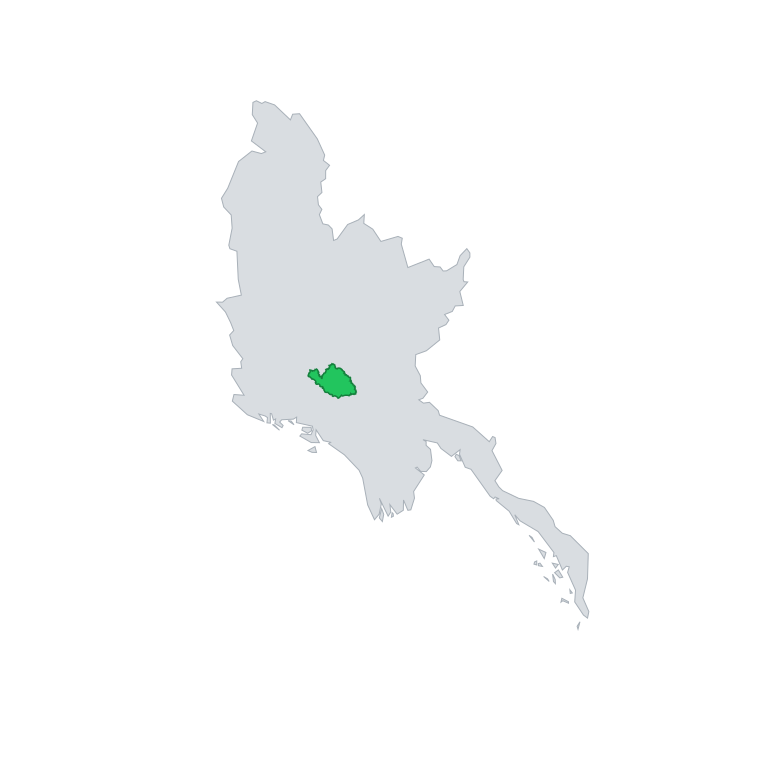 Magway, Magway, Myanmar (highlighted), rotated 330°
{"feature_id": "60261553B24389889044331", "entity_name": "Magway", "entity_type": "district", "adm_level": 2, "iso_a3": "MMR", "parent_name": "Myanmar", "parent_adm1": "Magway", "projection": "mercator", "projection_center": [95.349, 20.285], "detail": "fine", "context": "in_parent", "style": "filled", "palette": "green", "viewbox_px": 768, "rotation_deg": 330, "n_neighbors": 0, "source": "geoboundaries", "source_scale": "gbopen_adm2", "svg_char_len": 9016}
<svg xmlns="http://www.w3.org/2000/svg" viewBox="0 0 768 768"><g transform="rotate(330 384 384)"><path d="M491.9,355.6L484.7,352.0L479.4,355.3L471.2,354.1L472.1,361.2L467.4,363.5L459.2,362.8L454.3,373.7L437.3,376.4L426.2,374.4L420.0,384.0L419.6,394.9L416.5,401.5L417.8,412.8L410.6,415.8L406.2,415.1L408.6,420.3L414.2,422.6L417.6,434.2L416.5,438.8L439.4,465.6L446.3,486.6L451.8,483.8L453.4,485.9L451.2,491.5L444.2,495.7L443.1,517.9L431.7,523.2L432.0,530.5L433.4,535.7L443.5,550.4L454.8,560.4L461.2,571.1L462.4,586.6L460.8,593.1L463.8,602.4L469.5,608.5L476.1,633.0L462.8,654.5L449.3,668.6L447.6,683.5L443.2,688.5L441.2,683.8L440.2,668.1L446.8,658.3L448.8,639.0L453.0,634.9L450.8,633.0L445.5,634.3L447.4,618.8L444.4,618.2L446.9,614.9L443.7,588.9L433.4,570.5L431.9,562.6L430.4,573.3L429.1,571.2L428.8,556.8L422.9,541.0L423.5,539.6L426.3,541.0L423.7,537.4L421.6,538.2L419.8,534.3L416.7,501.4L412.7,496.7L414.3,482.5L417.1,478.9L406.2,480.4L401.1,468.3L400.7,461.7L389.9,451.7L391.7,454.9L389.8,458.2L391.6,463.8L387.2,474.3L382.7,479.0L376.8,481.0L372.1,478.0L371.1,472.5L369.2,472.4L373.4,482.9L355.9,491.9L353.3,498.1L344.3,506.4L341.5,505.3L342.9,494.2L337.6,503.0L330.3,503.3L328.8,491.4L325.8,498.3L321.5,500.5L322.9,480.7L321.7,486.5L314.7,494.3L307.9,496.8L309.4,480.6L318.5,454.8L319.3,446.2L314.3,425.5L306.2,408.0L308.6,407.8L303.1,402.7L302.3,389.7L299.1,394.4L298.7,402.5L291.7,398.3L285.1,387.0L287.8,386.0L295.4,391.4L299.7,388.3L300.9,384.7L288.8,373.6L291.8,369.0L287.9,369.1L277.5,363.8L274.6,364.8L275.9,369.5L273.8,370.8L269.8,363.6L272.7,360.1L270.2,360.0L271.8,353.6L270.8,352.6L266.0,361.1L263.2,359.1L266.3,354.8L265.1,352.3L260.6,347.4L261.1,356.3L250.3,342.3L244.1,323.0L248.8,318.1L257.2,323.8L256.5,300.0L260.0,294.9L268.6,299.2L271.1,293.1L274.4,291.5L272.2,275.1L274.8,264.4L280.6,262.6L281.9,254.0L282.7,242.4L279.9,229.3L285.1,232.4L291.0,231.3L304.9,235.7L310.1,220.5L323.0,195.5L318.2,189.8L319.0,186.2L330.4,173.1L336.2,161.2L333.7,150.6L336.1,141.9L346.6,136.3L369.3,118.6L386.1,116.2L393.0,123.1L397.7,123.8L390.7,107.2L405.0,94.8L404.6,84.9L411.3,74.6L415.1,74.9L418.5,80.0L422.2,80.0L428.8,87.6L435.0,108.5L439.8,104.7L446.0,107.7L448.8,138.4L447.1,156.1L443.3,160.1L446.2,167.4L440.2,170.0L436.1,177.0L430.2,177.5L426.0,187.1L420.1,188.5L416.8,196.0L417.5,201.7L412.7,205.0L411.1,214.7L415.3,218.5L416.6,223.7L412.1,234.5L415.9,235.0L432.3,227.7L443.9,229.1L451.7,227.4L446.8,234.8L451.7,244.3L452.6,259.0L469.9,263.2L472.7,266.9L468.9,271.5L462.9,295.1L485.5,298.4L486.2,307.4L491.1,310.7L491.7,315.7L494.8,317.3L506.9,317.0L514.1,310.9L523.4,308.2L523.9,313.4L521.8,317.1L511.7,322.4L504.8,333.1L504.4,335.4L507.5,337.5L495.9,341.8L491.9,355.6ZM292.0,380.8L299.2,385.1L297.9,388.3L293.3,388.5L289.8,382.9L292.0,380.8ZM435.4,604.3L440.0,610.9L435.5,615.3L435.4,604.3ZM291.3,409.6L287.5,407.2L284.9,403.6L292.9,403.7L291.3,409.6ZM442.0,632.2L442.2,640.7L439.3,639.8L437.4,632.7L442.0,632.2ZM318.6,496.7L313.8,502.3L313.0,497.6L319.7,490.7L318.6,496.7ZM412.4,489.1L409.5,487.4L409.1,482.4L411.4,481.0L413.2,483.4L412.4,489.1ZM432.6,642.6L432.0,639.8L435.0,632.9L434.5,638.9L432.6,642.6ZM430.9,658.5L434.9,664.8L434.2,666.1L430.5,661.1L428.2,661.4L430.9,658.5ZM444.7,627.4L440.5,629.2L440.2,623.3L444.7,627.4ZM434.8,687.9L429.4,693.4L430.1,690.4L434.8,687.9ZM268.5,364.6L270.4,371.8L267.1,363.3L268.5,364.6ZM435.5,590.9L435.3,596.1L434.0,587.6L435.5,590.9ZM285.1,369.7L285.7,374.3L282.6,367.8L285.1,369.7ZM430.0,621.2L426.9,618.6L427.9,616.7L429.5,617.1L430.0,621.2ZM427.8,613.6L425.8,617.1L423.8,615.0L425.4,613.4L427.8,613.6ZM428.2,634.5L428.3,637.6L426.0,630.5L428.2,634.5ZM326.0,503.2L323.8,503.1L326.7,499.5L327.1,500.9L326.0,503.2ZM442.6,659.1L440.6,658.5L442.1,655.1L442.6,659.1Z" fill="#d9dde1" stroke="#a8b0b8" stroke-width="1"/><path d="M349.1,340.4L348.7,340.6L348.6,340.8L348.4,341.0L348.1,340.9L347.7,341.0L347.6,340.9L347.5,341.0L347.3,341.0L347.2,341.0L347.1,340.9L346.7,341.0L346.5,340.8L346.4,340.8L346.4,340.7L345.8,340.5L345.9,340.9L345.9,341.3L346.0,341.4L345.9,341.5L345.6,341.6L345.7,341.9L345.5,342.1L345.3,342.2L345.2,342.2L345.2,342.3L345.0,342.5L344.9,342.5L344.5,342.9L344.4,342.8L344.2,342.8L344.0,342.6L343.7,342.6L343.4,342.7L343.5,342.9L343.6,343.0L343.4,343.1L343.2,343.1L343.0,343.4L342.8,343.3L342.6,343.1L342.5,342.9L342.5,342.7L342.2,342.7L342.0,342.8L341.9,342.8L342.0,342.6L341.7,342.4L341.6,342.5L341.4,342.5L341.1,342.6L340.9,342.5L340.9,342.8L340.9,343.0L340.7,343.3L340.2,343.7L339.8,344.2L339.4,344.3L339.2,344.8L338.9,345.0L338.7,345.0L337.6,344.6L337.3,344.8L337.1,344.8L336.8,345.1L336.4,345.3L336.2,345.5L335.5,345.5L335.3,345.7L335.0,345.6L334.8,345.7L334.7,345.7L334.6,346.3L334.4,346.6L334.1,346.8L333.3,347.9L333.0,348.1L332.9,348.0L333.0,347.9L332.8,347.8L333.0,347.5L333.0,347.1L333.5,346.6L333.3,346.3L333.3,346.2L333.1,346.0L332.7,345.9L332.5,345.7L332.4,345.7L332.1,345.6L332.1,345.1L331.9,344.8L331.9,344.6L332.0,344.1L332.7,344.1L332.7,343.7L332.5,343.2L332.4,343.2L332.4,342.8L332.5,342.6L332.5,342.2L332.5,341.8L332.4,341.6L332.5,341.4L332.9,341.3L333.2,341.3L333.4,341.2L333.2,340.2L333.4,339.7L333.3,339.3L333.4,338.4L333.3,337.9L332.8,337.6L332.8,337.3L332.2,337.4L331.9,337.2L331.9,337.3L331.4,337.2L331.0,337.4L330.7,337.4L330.3,337.6L330.2,337.4L329.9,337.4L329.0,336.9L328.4,337.0L328.3,336.2L328.2,336.0L327.8,335.8L327.4,335.9L327.3,335.7L327.1,335.1L327.0,334.9L326.8,334.8L326.2,336.3L326.0,336.6L325.5,337.0L324.9,337.3L324.7,337.0L324.4,337.0L324.2,337.4L323.0,338.3L323.1,338.7L322.6,338.7L322.5,338.8L322.4,339.2L322.3,339.4L322.3,339.5L322.4,339.8L322.8,340.3L323.2,340.7L323.5,340.8L323.8,342.3L324.0,342.9L324.2,343.1L324.6,343.7L324.3,343.9L324.8,344.2L325.5,344.9L326.2,346.9L326.2,347.7L326.0,348.3L325.9,348.5L325.6,348.4L325.4,348.4L325.2,349.2L325.2,350.1L325.5,350.5L326.0,350.8L326.3,350.9L326.8,351.0L327.1,351.1L327.5,351.4L327.9,352.5L327.9,353.2L327.4,353.7L327.4,353.9L327.9,354.7L328.1,354.9L328.3,354.9L328.6,355.1L329.5,355.6L329.5,356.0L329.4,356.8L329.2,356.9L329.0,356.4L328.9,356.4L328.6,356.7L328.6,356.9L329.2,357.7L329.2,357.8L329.4,358.1L329.4,358.5L329.0,359.2L329.0,359.3L328.9,359.6L329.0,360.7L328.9,360.9L328.8,361.3L329.6,362.3L330.9,363.0L331.3,363.4L331.5,363.9L331.4,364.2L331.7,364.9L331.7,365.1L331.9,365.7L331.9,365.8L332.4,366.1L332.4,366.4L332.7,366.7L333.4,366.8L333.8,367.2L333.9,367.6L333.6,368.1L333.3,368.5L333.5,369.1L333.7,369.3L334.8,369.4L334.9,369.5L335.2,369.5L336.0,370.0L336.2,370.6L336.6,371.1L336.7,371.3L337.2,372.7L337.1,373.3L337.9,373.5L338.6,373.3L340.3,373.0L340.9,372.6L341.6,372.4L341.9,373.5L342.5,373.8L344.1,374.1L344.9,374.4L346.1,375.1L346.9,375.6L347.9,376.7L348.1,376.6L348.2,376.4L348.7,376.2L348.8,376.2L349.0,376.4L349.5,376.7L349.9,376.5L350.1,376.2L350.1,376.4L350.5,376.8L350.9,376.5L350.9,376.3L351.0,376.3L351.2,376.7L351.5,377.0L352.0,377.2L352.3,377.2L352.4,377.3L352.5,377.3L352.6,377.8L352.8,378.0L353.0,377.9L353.4,377.9L353.4,378.0L353.7,378.1L353.8,378.2L354.3,378.4L354.5,377.9L354.6,378.0L354.7,377.8L354.9,377.9L355.1,377.8L355.3,377.5L355.4,377.4L355.4,377.0L355.6,376.7L356.0,376.8L356.0,376.7L355.9,376.5L356.1,376.2L356.1,375.9L356.3,375.8L356.3,375.6L356.5,375.3L356.4,375.2L356.2,374.7L355.9,374.4L355.9,374.1L356.2,374.1L356.3,373.8L356.2,373.7L356.7,373.5L356.7,373.2L356.8,372.8L356.7,372.7L356.8,372.4L357.0,372.1L357.3,372.3L357.4,372.2L357.6,372.2L357.6,371.9L357.7,371.5L357.7,371.3L357.4,371.1L357.3,370.9L357.2,370.8L357.4,370.7L357.4,370.3L357.4,370.2L357.3,369.8L357.0,369.4L356.8,369.3L356.7,369.2L356.8,368.6L356.8,368.4L357.0,368.2L356.9,367.9L356.7,367.7L356.7,367.3L356.1,367.0L356.0,366.7L356.7,366.0L356.6,365.8L356.6,365.7L356.9,365.3L356.7,365.2L356.8,365.1L356.6,364.8L356.3,364.5L356.5,364.5L356.4,364.3L356.7,364.2L356.8,364.1L357.2,364.1L357.2,363.7L357.1,363.4L357.1,363.2L357.3,362.7L357.6,362.6L357.8,362.3L357.8,362.1L358.1,361.9L358.1,361.3L357.0,360.7L356.8,360.3L356.8,360.1L356.8,359.9L356.8,359.5L356.7,359.4L356.8,359.3L356.6,359.2L356.6,358.9L356.4,358.6L356.2,358.6L356.1,358.3L356.2,358.1L356.1,357.9L356.0,357.6L356.1,357.3L356.0,357.2L355.8,357.1L355.7,357.0L355.2,356.9L355.3,356.8L355.3,356.7L355.2,356.5L355.3,356.2L355.2,356.2L355.2,355.9L355.0,355.4L354.9,355.3L355.0,355.2L354.8,354.9L354.8,354.7L354.7,354.5L355.0,354.4L355.2,354.5L355.3,354.2L355.7,354.1L355.7,353.9L355.7,353.5L355.6,353.4L355.6,353.2L355.4,352.9L355.2,352.6L355.1,352.1L354.8,351.6L354.6,351.4L354.6,351.2L354.7,350.8L354.9,350.6L354.8,350.3L354.5,350.0L354.3,349.7L354.4,349.2L353.9,348.5L353.7,348.4L353.6,348.2L353.2,348.0L353.2,347.9L352.8,347.6L352.4,347.4L352.1,347.3L351.9,347.2L351.2,347.5L351.1,347.3L350.8,347.2L350.6,346.9L350.4,346.9L350.1,346.6L350.0,346.2L349.9,345.3L350.1,345.2L350.3,345.3L350.4,345.2L350.3,344.8L350.4,344.7L350.4,344.3L350.6,343.8L350.5,343.6L350.5,343.2L350.8,342.9L350.7,342.8L350.6,342.5L350.4,342.3L350.3,342.0L350.3,341.6L350.0,341.5L349.9,341.3L349.3,341.3L349.2,341.2L349.3,340.8L349.1,340.4Z" fill="#22c55e" stroke="#15803d" stroke-width="1.5"/></g></svg>